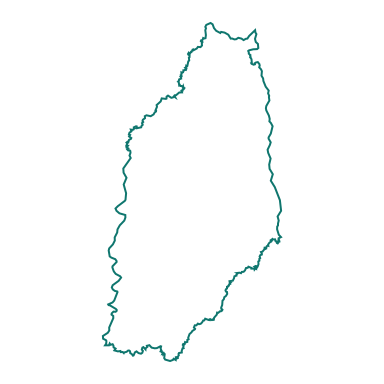 outline of Porto Murtinho, Mato Grosso do Sul, Brazil
{"feature_id": "56859067B2206660547368", "entity_name": "Porto Murtinho", "entity_type": "district", "adm_level": 2, "iso_a3": "BRA", "parent_name": "Brazil", "parent_adm1": "Mato Grosso do Sul", "projection": "robinson", "projection_center": [-57.425, -21.181], "detail": "fine", "context": "isolated", "style": "outline", "palette": "teal", "viewbox_px": 384, "rotation_deg": 0, "n_neighbors": 0, "source": "geoboundaries", "source_scale": "gbopen_adm2", "svg_char_len": 5970}
<svg xmlns="http://www.w3.org/2000/svg" viewBox="0 0 384 384"><path d="M255.1,30.2L249.1,36.0L247.4,38.6L245.8,38.8L243.6,40.1L241.5,38.6L238.3,37.8L236.2,39.2L234.4,39.4L232.1,38.5L230.7,38.6L228.3,34.7L224.6,32.6L221.1,31.9L220.3,33.0L216.2,30.8L214.0,28.1L212.6,24.3L210.5,23.0L206.3,24.9L205.3,26.9L206.0,28.2L205.3,30.2L205.9,35.1L205.5,38.2L204.3,38.5L203.2,38.0L202.8,39.4L202.0,40.1L202.2,41.0L201.1,40.5L200.8,41.1L202.2,42.6L201.8,43.6L202.0,45.5L200.5,47.1L197.9,46.9L196.8,48.5L193.6,50.2L193.3,49.4L192.6,49.6L191.8,51.5L191.5,52.0L191.0,51.8L189.6,54.0L188.7,52.8L188.0,54.0L188.5,54.8L189.6,54.8L189.5,57.2L188.9,57.6L189.2,60.5L188.3,61.3L187.3,66.1L187.0,66.4L186.2,65.8L185.9,67.4L185.3,67.7L186.4,68.6L185.9,70.0L185.3,69.9L185.4,69.2L183.9,70.6L183.4,70.4L183.1,72.2L182.2,72.8L181.4,72.4L181.4,74.9L180.8,75.2L181.1,75.8L180.7,76.3L181.5,76.5L180.8,77.9L181.1,78.6L179.1,79.4L178.9,80.7L178.1,81.6L178.7,81.9L179.2,85.3L179.8,84.9L180.4,86.0L181.7,86.0L182.9,87.2L183.2,86.4L183.5,87.6L184.4,88.1L183.9,89.2L184.3,89.5L182.9,89.0L182.5,89.5L182.5,90.7L181.5,90.8L182.0,92.4L179.2,92.5L176.1,95.2L174.7,95.3L174.5,95.9L175.2,97.3L173.8,96.4L173.0,97.4L171.3,97.8L168.0,95.6L166.6,96.6L166.5,98.6L165.9,98.9L161.7,98.4L160.7,101.4L156.6,105.1L157.0,106.8L155.5,110.3L156.1,110.7L156.0,111.5L154.7,112.4L153.6,114.4L150.7,116.2L146.5,115.3L144.8,116.2L145.0,118.2L142.9,119.7L142.5,121.0L143.2,122.0L142.0,123.1L142.7,124.8L141.6,125.8L141.2,127.3L137.0,128.2L136.7,126.4L136.0,126.3L134.1,127.2L134.6,128.0L133.8,127.9L133.7,129.4L132.6,129.9L130.8,129.6L131.4,131.4L129.5,132.6L128.9,134.5L130.1,135.0L129.1,136.5L131.3,138.0L131.0,138.8L129.0,139.9L128.4,142.0L127.5,141.7L126.5,142.6L127.4,143.5L126.7,144.8L127.1,145.9L127.7,145.9L126.8,147.0L126.4,146.8L126.5,147.4L127.2,147.3L127.0,147.8L128.2,148.4L127.2,149.4L128.3,150.5L129.6,150.3L130.3,151.0L130.5,152.8L129.5,155.6L130.7,158.0L123.3,168.5L123.6,172.7L126.5,177.8L123.7,184.5L126.1,193.2L125.5,199.8L124.9,200.8L117.8,206.2L115.5,208.5L116.5,210.8L119.4,213.3L125.3,215.0L125.4,217.5L124.3,220.6L119.8,225.3L117.5,229.4L117.2,232.5L114.7,237.4L114.8,240.6L112.9,244.4L109.2,248.4L108.7,250.5L109.7,256.4L111.3,257.6L115.3,259.2L116.6,261.1L116.6,262.0L112.5,266.3L112.4,267.5L113.8,271.4L115.7,273.9L120.2,276.3L121.1,277.6L118.6,280.9L112.7,285.2L111.8,287.4L112.8,289.4L114.8,290.9L117.3,291.5L117.5,292.1L114.2,300.6L112.5,302.5L108.2,304.4L108.6,305.1L110.0,305.4L115.8,308.9L116.7,309.9L116.7,310.8L115.6,311.8L113.5,311.6L111.7,313.4L111.5,314.6L113.2,315.9L113.3,318.1L109.2,327.5L109.3,330.4L107.8,332.8L102.9,336.0L103.1,338.7L106.0,340.2L106.4,341.0L106.2,343.6L105.1,345.3L109.0,345.3L109.7,343.5L110.6,344.8L112.6,344.2L113.4,345.5L113.6,347.4L115.6,348.6L114.4,350.4L117.9,351.4L120.4,351.0L120.7,352.1L122.7,352.0L123.8,353.1L124.1,352.5L126.6,351.8L128.2,350.5L129.1,350.5L130.0,351.2L130.3,353.2L131.6,353.9L133.0,355.7L133.6,355.4L134.9,352.4L136.5,351.4L138.6,353.1L141.0,353.7L142.3,352.8L142.9,350.9L141.8,349.6L142.4,347.6L143.4,347.1L145.5,349.4L145.6,348.3L147.3,346.9L146.9,345.8L149.4,345.2L151.6,347.6L154.7,348.3L156.9,348.1L160.5,346.2L161.1,346.4L160.6,348.4L161.2,350.0L160.7,351.1L161.6,351.1L161.6,352.1L162.7,352.3L162.9,352.8L162.5,353.7L163.5,353.3L163.4,354.4L164.2,353.8L164.7,354.1L164.2,358.1L165.2,359.6L170.1,361.0L173.0,359.9L173.6,358.8L175.7,360.0L175.8,357.2L176.8,357.1L177.0,358.4L177.9,358.0L177.7,356.8L178.8,355.3L178.5,354.0L179.0,353.0L181.8,352.5L181.7,350.9L182.5,348.5L183.6,348.2L183.2,347.0L183.7,345.8L182.8,345.0L182.9,344.5L183.3,343.9L184.7,344.0L185.1,342.1L185.8,342.4L187.3,341.9L187.3,339.9L188.6,339.3L188.2,337.8L189.5,334.1L191.5,332.3L192.3,331.0L194.9,329.3L195.1,328.8L193.9,327.5L194.8,325.3L196.4,325.3L197.9,323.6L199.0,324.2L200.7,323.8L202.1,322.4L203.2,320.5L204.3,320.4L205.2,318.7L208.6,320.0L209.6,320.1L209.5,319.4L210.1,319.1L211.6,320.0L212.4,319.5L212.8,320.0L213.8,319.8L214.1,317.7L216.8,314.6L217.1,312.6L218.3,312.8L219.9,311.3L220.9,311.3L222.0,310.6L221.7,310.0L222.3,309.6L221.2,308.3L221.2,307.6L222.2,305.0L222.5,300.7L223.8,299.3L224.3,297.2L225.9,296.0L227.2,293.9L227.0,292.0L226.0,291.6L225.5,290.5L225.9,289.3L227.0,288.5L227.0,286.8L228.0,286.6L228.3,285.7L228.9,285.6L229.1,284.5L230.2,283.9L229.8,283.2L230.3,282.8L229.8,282.7L229.5,281.2L232.8,280.7L234.0,278.3L234.4,276.3L236.5,275.6L236.4,274.6L237.8,273.3L237.2,273.0L239.4,272.7L241.0,273.2L241.8,271.9L243.6,271.8L245.0,270.4L246.0,268.0L247.7,267.8L248.4,266.7L251.4,267.9L251.4,268.6L254.3,268.6L254.5,269.5L255.2,268.6L256.0,268.9L255.7,267.4L254.5,266.6L255.6,266.0L256.7,266.2L257.2,267.2L257.6,266.6L258.5,264.1L258.3,261.5L259.4,260.7L259.3,258.9L260.2,258.1L259.6,256.5L260.3,255.1L261.8,254.6L261.9,253.9L261.0,252.0L262.5,251.6L264.2,249.5L265.4,248.9L264.5,248.4L264.6,247.7L266.3,247.7L266.7,246.3L267.7,245.6L268.3,245.8L268.1,244.6L269.4,242.7L271.0,241.6L270.6,240.3L272.2,239.2L272.3,239.9L272.6,239.4L275.1,239.4L275.4,240.9L276.7,241.5L276.4,241.9L276.9,243.0L277.7,243.4L278.6,242.1L278.0,241.8L279.4,241.5L279.1,240.1L278.5,240.0L278.6,238.3L281.0,237.1L278.8,234.8L277.1,229.3L277.2,226.6L278.0,225.4L278.0,223.5L278.7,220.6L277.6,216.5L281.1,210.8L279.9,200.2L274.8,187.1L270.8,180.7L272.8,174.2L269.6,168.9L269.2,164.5L270.6,158.5L268.2,152.9L267.6,149.7L269.9,144.9L270.7,142.3L268.6,138.7L268.6,137.4L270.8,133.6L272.6,126.2L270.9,123.0L269.4,121.4L269.7,118.9L268.9,115.6L266.3,110.4L265.9,108.2L266.3,106.0L269.4,100.5L268.9,97.0L269.2,95.9L268.1,93.3L268.7,90.6L265.7,86.7L263.4,81.0L263.1,78.4L261.5,75.7L261.9,71.2L261.0,69.3L259.2,67.3L259.7,65.6L259.4,64.1L257.8,62.1L255.9,62.5L254.7,63.3L254.9,64.3L253.6,64.7L251.6,63.8L251.2,63.1L251.8,62.8L251.5,59.2L250.2,57.3L250.6,57.0L250.1,55.6L250.4,55.1L248.8,53.7L248.8,52.4L248.2,51.0L249.1,50.3L253.2,49.3L257.1,49.1L258.3,48.0L257.9,43.9L255.8,42.0L255.0,38.9L256.4,34.1L255.4,32.5L255.1,30.2Z" fill="none" stroke="#0f766e" stroke-width="2"/></svg>